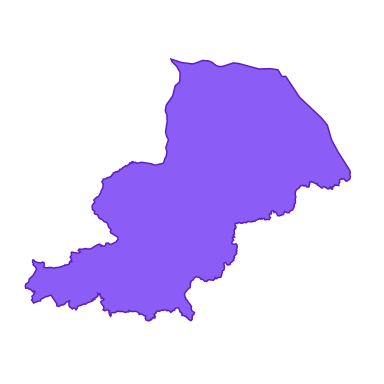 Dakcheung, Xékong, Laos (Mercator projection), rotated 96°
{"feature_id": "54806243B33031915083472", "entity_name": "Dakcheung", "entity_type": "district", "adm_level": 2, "iso_a3": "LAO", "parent_name": "Laos", "parent_adm1": "Xékong", "projection": "mercator", "projection_center": [107.512, 15.387], "detail": "fine", "context": "isolated", "style": "filled", "palette": "violet", "viewbox_px": 384, "rotation_deg": 96, "n_neighbors": 0, "source": "geoboundaries", "source_scale": "gbopen_adm2", "svg_char_len": 6073}
<svg xmlns="http://www.w3.org/2000/svg" viewBox="0 0 384 384"><g transform="rotate(96 192 192)"><path d="M276.3,343.3L278.5,343.2L280.0,342.1L281.0,342.4L282.8,339.9L285.1,338.5L291.7,341.4L295.7,344.9L298.0,344.8L300.1,346.2L300.3,347.2L301.2,347.8L303.3,347.9L305.1,347.3L304.7,344.8L305.7,344.0L305.6,342.9L306.1,341.9L307.9,340.0L307.0,338.7L307.5,337.8L308.4,337.8L309.2,338.7L310.7,338.7L312.4,340.3L314.9,339.3L316.1,340.3L319.0,337.9L316.5,333.3L316.2,331.3L314.5,331.1L311.3,326.2L311.0,324.7L309.1,321.6L317.4,314.7L318.8,314.8L319.5,314.3L319.7,312.2L318.0,310.2L317.9,308.5L316.8,306.9L314.6,305.5L313.2,302.3L315.2,302.9L317.7,302.5L319.1,301.6L320.8,298.7L319.7,297.8L319.9,296.4L321.3,295.1L319.6,294.0L318.2,294.0L317.1,292.9L316.6,291.1L314.9,288.3L314.6,285.9L313.3,284.7L310.5,279.2L309.9,279.9L309.3,279.7L309.0,279.2L309.2,278.3L308.5,278.0L308.6,277.3L307.5,277.3L306.6,275.8L305.0,274.6L304.5,275.0L303.5,274.7L302.8,275.0L303.5,273.5L302.9,272.9L304.1,272.4L305.0,272.6L306.4,271.0L307.2,271.4L307.6,271.1L307.0,269.4L307.9,268.4L308.6,268.6L309.9,270.7L311.0,271.4L314.2,268.9L314.9,267.9L317.3,267.4L318.4,268.1L319.2,266.9L319.1,265.8L317.9,264.1L318.7,261.6L319.8,262.2L322.8,261.2L324.1,259.9L323.1,259.5L321.0,259.9L320.5,259.4L320.0,255.8L318.1,253.3L318.5,252.0L318.1,249.1L318.7,245.2L317.8,243.6L317.8,242.3L316.6,242.3L317.2,239.4L316.5,234.9L317.9,232.3L319.3,231.8L318.5,229.3L319.9,226.9L320.2,225.1L322.6,225.3L324.2,224.2L324.7,221.4L324.1,221.4L323.8,220.0L323.1,219.7L323.2,219.0L322.4,219.0L322.1,218.2L321.2,217.9L321.2,215.7L319.4,215.5L319.0,216.8L317.7,216.3L317.1,216.6L316.4,215.3L314.3,214.6L313.9,213.4L314.1,211.9L312.6,209.8L312.8,208.2L312.2,207.8L312.1,206.2L312.2,204.9L312.8,204.5L312.2,203.6L312.4,202.3L313.9,200.5L312.7,199.1L311.7,198.7L311.7,197.6L311.1,196.8L310.4,197.0L309.2,196.0L308.5,193.7L310.2,192.3L312.6,191.3L312.8,190.2L313.7,189.2L314.3,189.6L314.7,188.9L315.8,189.0L315.9,186.7L316.5,185.7L316.2,184.9L317.2,184.3L318.0,182.7L318.9,182.3L320.1,179.6L318.8,178.6L314.5,178.7L313.7,177.4L311.6,177.0L310.0,179.9L308.0,180.7L305.8,180.6L299.6,186.1L299.1,187.3L298.0,187.1L297.2,187.9L295.0,188.7L293.3,188.6L289.5,186.2L287.7,184.6L287.5,183.9L284.2,183.8L283.4,184.3L282.2,183.6L281.0,184.0L279.7,182.1L277.7,181.0L275.9,179.3L276.2,175.4L277.7,174.3L277.9,172.0L279.5,170.0L279.1,168.9L279.5,167.9L278.6,167.5L277.4,166.0L277.6,161.4L276.7,161.0L275.9,159.9L274.7,160.0L275.6,158.4L274.5,157.8L273.9,154.6L271.9,153.9L267.2,153.4L266.2,152.1L265.0,151.9L263.1,151.9L260.2,152.8L258.9,152.5L258.7,150.8L260.5,149.8L260.8,148.5L260.3,146.8L259.8,146.4L258.8,146.6L256.8,144.5L255.9,144.2L255.7,143.3L254.5,143.5L252.5,142.8L251.8,143.7L248.7,141.2L246.3,141.5L245.7,141.2L245.1,141.9L242.2,141.2L240.1,141.7L238.9,142.9L239.5,144.0L239.6,146.3L238.6,147.1L237.3,147.0L235.5,145.6L234.2,146.8L232.8,147.0L232.9,145.6L232.5,144.9L230.4,146.5L229.6,145.4L225.8,146.1L224.6,145.7L224.2,145.0L223.3,145.4L223.0,144.6L221.5,144.7L220.4,146.0L218.6,145.6L218.6,143.5L217.2,142.2L217.9,140.8L217.9,138.6L216.7,137.3L217.0,135.1L215.5,133.4L215.4,129.1L214.9,128.8L214.5,126.4L212.5,124.1L212.2,122.9L211.3,122.1L211.9,121.0L211.1,120.4L211.5,120.2L211.4,118.9L210.6,117.6L212.0,116.6L211.3,113.8L211.4,112.4L209.3,111.3L208.3,112.3L206.2,112.8L205.5,110.9L204.5,110.7L203.2,111.3L202.0,109.7L202.2,109.0L203.8,108.3L203.0,107.9L203.5,106.2L206.5,104.4L206.7,102.9L204.7,98.7L201.7,97.8L202.7,94.8L202.4,93.1L200.6,92.5L199.5,90.2L198.7,89.7L195.6,88.8L194.4,89.2L194.3,88.8L193.0,88.7L192.0,88.0L188.5,88.5L185.7,88.2L184.5,89.0L180.9,89.2L178.2,87.9L177.1,86.2L174.2,84.3L173.8,82.0L174.4,81.2L173.5,80.2L175.0,78.3L174.8,76.4L174.0,76.0L173.2,76.6L171.7,75.7L170.6,76.1L169.5,75.6L169.6,74.0L169.2,73.9L171.0,69.2L170.5,68.6L172.1,67.9L172.4,66.5L174.3,63.8L174.4,62.9L173.2,62.0L172.9,60.9L174.8,57.2L174.4,55.9L172.5,55.1L174.4,53.8L174.5,52.7L173.3,52.4L172.7,53.1L172.2,53.0L171.6,51.6L169.8,50.9L170.2,50.4L170.2,46.7L168.8,47.2L166.8,46.0L165.6,46.5L164.4,46.3L163.0,44.6L163.6,43.8L163.1,43.1L163.2,41.9L164.8,40.6L165.1,39.1L163.3,37.4L163.1,36.6L160.4,36.1L157.5,37.0L156.7,36.5L154.2,37.2L136.4,51.3L125.6,58.6L111.4,64.4L104.9,70.9L86.6,94.9L67.2,110.9L67.7,114.7L61.5,119.2L61.1,127.1L62.7,138.1L59.4,158.5L59.3,164.3L63.8,174.5L64.4,178.3L63.7,181.3L61.1,185.3L59.9,189.0L60.1,195.3L63.9,202.8L64.5,205.2L64.4,215.4L62.0,226.8L64.4,225.6L68.6,220.4L74.4,216.3L80.2,215.9L84.1,216.0L88.0,219.8L98.6,221.3L108.0,226.6L113.8,227.1L118.3,225.0L124.1,224.1L135.1,224.6L139.4,223.0L142.5,220.9L150.6,222.7L154.5,221.2L158.8,221.3L161.3,222.4L166.3,223.4L169.3,231.8L168.2,235.1L167.7,245.3L169.2,249.6L168.4,251.2L168.8,253.0L168.0,253.9L168.4,255.0L169.6,254.8L169.4,256.7L170.8,256.9L171.1,258.0L172.6,258.7L173.0,259.4L172.7,260.8L173.9,261.6L175.0,263.5L176.5,264.3L177.0,266.1L178.8,266.6L178.9,267.8L180.0,268.4L179.7,269.5L181.3,272.3L182.7,272.5L183.7,273.7L185.4,274.1L185.3,275.0L186.4,276.6L186.4,277.6L188.0,279.4L188.4,281.6L189.7,281.7L190.9,282.7L192.0,282.4L192.9,281.3L197.0,281.1L200.1,282.4L202.1,282.7L206.2,284.5L207.2,286.3L210.3,288.9L212.2,287.5L215.3,289.7L217.3,289.8L219.7,289.2L221.5,286.9L223.8,286.8L224.7,283.5L227.9,281.5L228.7,278.7L230.7,276.1L231.4,273.3L235.9,271.1L237.4,269.0L238.6,268.6L239.6,269.1L241.0,268.6L244.5,261.3L246.3,260.7L247.4,260.9L248.2,261.7L249.3,261.9L252.6,267.1L252.5,268.3L251.5,269.9L251.9,272.1L254.2,272.5L255.0,273.6L255.1,274.6L254.6,275.5L255.5,276.7L254.1,277.0L253.5,278.6L254.6,280.9L259.2,286.8L259.6,290.2L259.3,291.8L260.5,295.4L260.5,297.9L260.8,298.5L262.3,299.0L262.6,297.4L263.5,296.7L264.8,298.8L264.3,305.3L264.9,305.8L267.4,305.2L269.4,306.4L270.0,306.2L270.6,304.9L272.3,304.8L272.9,305.4L273.8,304.4L274.3,306.5L276.1,306.4L277.4,308.1L277.9,311.0L278.5,311.3L280.8,316.3L281.5,319.8L282.3,321.6L281.6,324.8L282.4,326.0L282.0,326.6L282.6,328.0L282.4,331.4L278.8,331.4L277.7,331.8L277.3,333.3L278.3,335.0L278.2,338.4L277.6,340.9L276.3,342.1L276.3,343.3Z" fill="#8b5cf6" stroke="#5b21b6" stroke-width="1.5"/></g></svg>